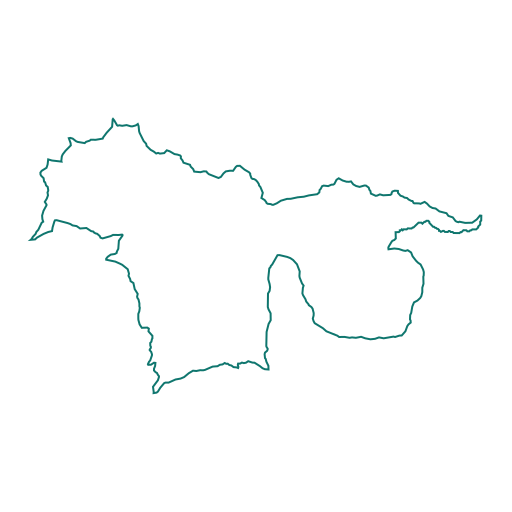 outline of Merak, Tashigang, Bhutan
{"feature_id": "84629894B35565609446545", "entity_name": "Merak", "entity_type": "district", "adm_level": 2, "iso_a3": "BTN", "parent_name": "Bhutan", "parent_adm1": "Tashigang", "projection": "albers", "projection_center": [91.904, 27.249], "detail": "fine", "context": "isolated", "style": "outline", "palette": "teal", "viewbox_px": 512, "rotation_deg": 0, "n_neighbors": 0, "source": "geoboundaries", "source_scale": "gbopen_adm2", "svg_char_len": 6057}
<svg xmlns="http://www.w3.org/2000/svg" viewBox="0 0 512 512"><path d="M153.6,393.1L156.6,392.6L157.9,391.6L160.3,387.7L164.2,383.1L165.5,382.6L168.6,382.6L175.5,379.5L180.5,378.6L184.1,377.1L188.8,373.2L193.0,370.7L196.3,371.0L200.2,370.2L203.1,370.3L205.0,369.9L212.6,366.6L217.6,366.2L219.8,364.8L222.6,364.4L224.7,363.0L226.2,363.8L227.7,363.7L229.3,365.0L231.4,365.5L233.5,367.1L236.5,367.4L238.1,368.0L238.4,367.0L237.8,364.9L238.1,363.6L240.1,363.6L241.9,362.6L243.8,363.1L246.0,362.7L248.2,361.2L252.4,362.6L254.5,362.7L259.9,366.1L262.5,368.2L264.8,369.2L268.5,369.5L268.4,365.8L266.4,361.7L265.7,358.9L265.0,358.1L264.6,354.2L265.0,352.6L267.1,350.8L267.6,349.6L267.7,348.8L266.4,346.6L266.3,345.8L266.6,331.9L268.6,323.9L270.7,320.2L270.6,313.3L268.5,309.3L267.8,307.0L268.0,293.5L269.6,290.9L270.1,287.2L269.6,284.0L268.3,279.4L268.3,277.7L269.3,268.4L270.4,267.3L270.8,266.0L272.2,264.5L277.5,255.2L279.5,255.1L287.1,256.9L290.3,258.1L293.1,260.0L297.0,264.3L299.7,271.4L299.4,276.0L299.7,277.7L302.0,283.4L303.6,285.6L302.9,287.8L302.4,293.4L303.0,295.1L305.5,299.3L306.2,301.5L308.6,304.4L308.8,305.2L311.4,307.0L312.6,308.7L313.7,313.1L313.6,315.6L312.8,318.6L313.6,321.2L314.7,323.2L322.9,328.2L326.4,331.3L337.4,335.7L339.1,337.0L344.5,336.9L349.6,337.8L352.0,337.4L355.9,337.8L361.1,336.8L365.2,338.3L370.4,339.3L375.1,338.8L379.0,337.4L383.7,338.3L393.5,336.6L395.1,337.0L399.4,335.6L401.7,335.5L405.4,331.3L407.3,326.1L408.5,324.4L410.7,322.6L410.6,320.6L410.0,319.4L410.2,315.0L411.2,312.9L412.3,306.5L414.0,302.4L417.4,300.6L420.2,298.0L421.3,296.2L422.3,292.2L422.3,287.7L423.5,283.8L423.3,276.7L423.7,275.4L423.8,272.1L423.1,269.5L420.6,264.5L417.9,262.6L416.0,260.7L412.6,256.3L411.1,252.5L409.5,251.4L407.7,250.2L405.4,250.9L403.2,250.5L398.8,249.0L394.3,248.5L388.5,249.3L388.3,247.8L388.7,246.6L391.4,242.1L392.4,240.8L394.3,240.0L395.8,238.5L395.6,232.2L398.9,232.1L399.8,231.3L399.8,230.3L400.8,230.3L401.8,229.3L402.7,230.3L403.7,229.3L406.7,229.4L407.7,228.4L411.6,228.5L412.6,227.5L413.5,227.5L418.5,222.7L421.5,222.7L422.4,223.7L424.4,221.8L425.4,221.8L426.4,220.8L428.3,220.8L429.3,221.8L429.3,222.8L433.1,226.8L434.1,226.8L435.1,227.8L436.1,227.9L437.0,228.8L438.0,228.9L439.0,229.9L439.0,230.8L439.9,230.9L440.9,231.9L442.9,230.9L443.9,230.9L444.8,231.9L447.8,232.0L448.7,231.0L449.7,231.0L450.7,232.0L452.7,232.0L453.6,233.0L459.5,233.1L460.5,232.1L461.5,232.2L463.4,230.2L466.4,230.3L467.3,231.3L469.3,231.3L470.3,230.3L471.3,230.3L472.3,229.4L476.2,229.4L478.2,227.5L478.2,226.5L480.2,224.6L480.2,221.6L481.2,220.6L481.3,215.7L480.0,215.5L476.8,219.4L472.2,222.7L465.2,222.9L459.4,221.7L458.5,222.2L457.2,221.9L455.6,221.1L452.8,217.4L448.4,215.9L446.5,213.2L439.4,211.4L435.6,208.5L432.5,208.0L429.6,206.4L427.0,203.6L424.6,201.9L420.5,203.8L419.1,203.4L414.1,203.3L413.5,202.9L412.5,201.0L411.5,201.0L408.6,199.5L407.0,198.0L404.5,197.6L402.9,196.5L400.5,195.7L398.0,192.9L397.9,190.9L394.7,190.7L392.4,191.5L391.7,192.8L391.4,194.2L390.3,194.9L383.2,195.3L379.9,194.4L377.1,195.6L375.7,195.8L370.9,193.6L370.4,191.0L369.4,189.8L368.7,187.6L366.0,185.6L364.4,185.5L359.6,186.9L356.1,186.0L353.3,184.4L351.0,181.4L349.0,181.8L346.5,181.7L342.6,180.5L338.7,178.3L336.5,179.8L334.4,183.9L333.3,184.6L331.4,184.7L328.2,186.1L323.7,185.6L322.1,186.2L320.7,188.9L319.6,190.0L319.3,192.4L317.2,194.2L308.9,195.4L303.9,196.7L297.7,197.3L290.7,198.8L287.0,198.9L280.9,200.7L276.8,203.3L273.3,204.8L272.2,204.8L270.8,204.1L267.7,203.8L266.6,203.1L266.2,202.1L264.7,200.1L261.4,198.0L262.8,192.8L260.4,187.0L259.1,185.5L258.8,184.0L257.3,181.7L255.6,179.9L253.8,179.0L252.4,178.9L251.4,178.0L250.2,174.7L250.2,173.6L249.1,172.3L244.5,169.6L239.9,165.8L237.1,165.9L235.8,166.9L233.1,170.8L230.0,170.7L225.8,171.4L223.5,173.4L220.9,176.9L218.5,178.0L208.9,174.2L207.3,172.8L206.4,171.5L203.8,171.3L200.4,172.2L194.2,171.6L193.2,169.1L190.7,166.6L190.0,164.8L183.5,162.7L182.5,160.4L180.8,158.3L180.9,156.4L180.2,155.5L177.5,154.6L174.5,154.1L169.7,151.3L166.8,150.3L164.2,153.1L159.9,153.6L158.1,152.9L156.2,153.5L153.8,151.6L150.6,149.8L146.6,145.9L146.1,143.7L143.7,141.1L139.6,132.9L139.1,131.2L138.6,126.1L137.8,124.0L135.8,125.4L132.6,126.3L130.8,126.3L126.6,125.1L122.2,125.8L119.3,125.3L117.8,125.7L117.0,125.2L114.3,120.5L113.0,118.9L112.7,119.3L112.1,126.8L106.7,132.7L103.3,137.2L102.7,138.6L95.7,139.8L90.9,139.7L89.6,140.7L86.1,141.8L84.7,143.1L77.6,141.9L76.0,141.2L72.7,138.6L70.3,137.9L68.8,138.2L70.6,143.1L70.8,145.4L65.4,150.9L62.7,154.4L61.8,156.5L61.3,160.9L61.5,161.6L51.9,160.5L48.2,159.4L47.6,164.5L46.5,167.8L41.7,170.8L40.4,172.6L40.5,174.5L41.2,175.8L43.6,178.2L44.1,181.6L45.1,182.3L46.1,185.5L47.7,186.9L48.2,189.9L48.2,190.8L47.5,192.5L48.0,195.3L46.8,198.6L44.8,201.9L46.5,204.5L46.5,205.3L43.5,210.8L42.1,215.6L42.4,219.2L43.2,221.7L41.7,222.7L38.3,229.8L36.4,231.9L35.6,233.9L32.8,236.9L31.6,239.0L30.7,239.8L35.1,239.4L37.0,237.6L43.6,233.9L48.2,232.0L52.0,231.1L52.6,227.4L54.4,221.4L55.0,220.3L56.7,220.2L67.7,223.1L70.5,224.1L72.5,225.4L76.6,226.1L80.1,228.5L86.4,228.0L91.1,231.1L93.4,231.6L94.1,232.6L95.6,233.4L97.2,233.8L99.7,236.0L100.5,237.7L102.6,238.4L110.7,236.1L113.1,234.9L118.6,235.0L122.1,234.6L122.5,234.9L122.5,235.6L118.9,240.7L118.3,248.8L116.9,251.5L116.6,253.0L114.8,254.0L110.8,254.6L107.7,256.8L106.2,258.7L106.2,259.7L115.3,261.6L119.8,263.6L122.2,264.8L127.7,269.2L129.0,273.7L128.5,275.8L130.1,278.9L130.6,281.2L133.4,283.0L134.7,289.1L137.7,293.9L137.1,296.6L137.4,297.9L138.5,299.5L139.4,303.4L139.4,306.3L139.8,307.8L139.3,311.3L138.3,313.9L138.3,318.1L138.4,319.9L139.6,324.4L141.8,327.8L147.3,327.6L148.8,328.6L148.5,331.4L152.4,335.8L152.4,338.4L151.9,339.2L151.4,341.7L150.2,343.0L150.3,345.7L150.9,346.9L150.8,347.9L149.7,349.6L149.7,350.2L151.2,351.9L152.0,354.4L151.9,355.5L150.2,360.4L149.0,361.8L147.9,364.2L148.2,364.8L151.0,364.7L154.0,362.7L155.4,362.9L155.1,366.0L154.0,368.7L154.0,370.5L155.6,372.2L157.0,373.0L157.8,374.7L158.9,376.1L159.0,376.9L157.9,380.3L153.0,386.8L153.7,391.9L153.6,393.1Z" fill="none" stroke="#0f766e" stroke-width="2"/></svg>